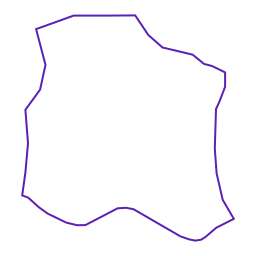 Dún Laoghaire–Rathdown, Mercator projection
{"feature_id": "IRL-5576", "entity_name": "Dún Laoghaire–Rathdown", "entity_type": "County", "adm_level": 1, "iso_a3": "IRL", "parent_name": "Ireland", "parent_adm1": "", "projection": "mercator", "projection_center": [-6.178, 53.255], "detail": "fine", "context": "isolated", "style": "outline", "palette": "violet", "viewbox_px": 256, "rotation_deg": 0, "n_neighbors": 0, "source": "natural_earth", "source_scale": "10m", "svg_char_len": 579}
<svg xmlns="http://www.w3.org/2000/svg" viewBox="0 0 256 256"><path d="M135.2,15.4L148.3,35.0L162.5,47.5L192.7,54.7L204.0,63.9L212.0,66.0L225.1,72.4L225.1,86.8L219.5,101.5L216.0,109.0L214.8,148.7L216.6,173.3L222.7,199.8L233.8,218.8L233.6,219.0L216.3,227.7L205.2,237.2L201.1,239.7L195.3,240.6L189.2,239.4L180.3,236.3L133.5,209.2L126.2,207.8L117.6,208.3L85.4,225.1L77.1,225.2L66.2,222.6L47.7,213.6L38.8,207.2L28.2,197.6L22.2,195.4L25.4,172.5L28.0,143.4L25.4,109.8L40.1,89.6L45.5,64.9L36.1,29.1L73.6,15.6L105.8,15.6L135.2,15.4Z" fill="none" stroke="#5b21b6" stroke-width="2"/></svg>